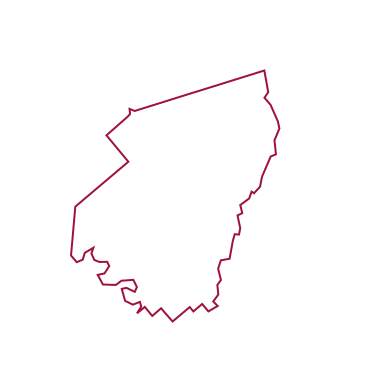 the district of Yazoo, Mississippi, United States of America, rotated 320°
{"feature_id": "52423323B4494633873446", "entity_name": "Yazoo", "entity_type": "district", "adm_level": 2, "iso_a3": "USA", "parent_name": "United States of America", "parent_adm1": "Mississippi", "projection": "mercator", "projection_center": [-90.462, 32.763], "detail": "fine", "context": "isolated", "style": "outline", "palette": "rose", "viewbox_px": 384, "rotation_deg": 320, "n_neighbors": 0, "source": "geoboundaries", "source_scale": "gbopen_adm2", "svg_char_len": 1018}
<svg xmlns="http://www.w3.org/2000/svg" viewBox="0 0 384 384"><g transform="rotate(320 192 192)"><path d="M325.5,145.4L256.8,116.7L255.5,116.1L200.2,93.1L197.6,88.2L194.7,92.4L191.6,92.9L162.9,93.6L162.7,127.9L93.2,128.2L58.5,162.9L58.6,171.7L64.8,173.6L70.8,169.7L80.6,171.3L75.4,174.5L73.5,181.3L76.1,186.1L82.1,190.9L81.0,195.5L72.7,198.1L66.5,194.9L64.3,205.6L74.0,214.3L80.9,214.6L90.6,221.6L88.7,229.4L84.0,231.7L80.1,223.2L75.9,221.1L70.8,232.4L74.3,240.3L81.5,242.7L79.5,247.1L71.9,249.6L82.0,249.7L81.9,261.4L93.6,261.2L93.6,265.1L93.9,278.7L116.3,278.7L116.3,284.4L127.8,284.3L127.8,294.0L138.4,295.8L137.9,289.5L146.2,287.5L151.7,279.5L157.6,278.0L162.7,267.6L170.2,262.9L177.9,267.3L191.7,255.8L197.6,251.8L200.7,254.8L205.7,250.7L211.8,239.2L216.9,240.5L220.6,233.0L231.7,233.7L237.9,230.0L238.7,232.8L247.5,231.7L255.6,225.2L275.1,215.4L280.5,217.1L282.5,214.2L288.4,205.4L299.7,199.6L303.1,193.3L308.2,175.8L308.1,166.4L314.6,164.5L325.5,145.4Z" fill="none" stroke="#9f1239" stroke-width="2"/></g></svg>